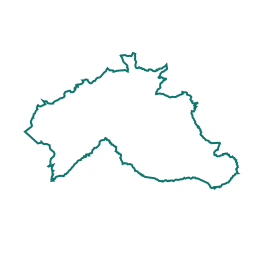 outline of San Agustín Metzquititlán, Hidalgo, Mexico, rotated 81°
{"feature_id": "50627088B54107470170219", "entity_name": "San Agustín Metzquititlán", "entity_type": "district", "adm_level": 2, "iso_a3": "MEX", "parent_name": "Mexico", "parent_adm1": "Hidalgo", "projection": "equal_earth", "projection_center": [-98.601, 20.521], "detail": "fine", "context": "isolated", "style": "outline", "palette": "teal", "viewbox_px": 256, "rotation_deg": 81, "n_neighbors": 0, "source": "geoboundaries", "source_scale": "gbopen_adm2", "svg_char_len": 5779}
<svg xmlns="http://www.w3.org/2000/svg" viewBox="0 0 256 256"><g transform="rotate(81 128 128)"><path d="M167.8,212.5L168.3,212.2L168.1,210.4L168.4,209.8L166.4,209.6L166.7,208.4L166.3,207.7L165.5,207.4L165.0,206.4L164.5,202.6L164.9,202.0L164.9,200.6L165.5,199.3L165.4,198.9L163.8,197.6L163.7,197.2L163.9,196.3L162.9,195.4L162.8,194.7L161.3,193.4L159.3,190.3L158.3,189.7L157.1,187.8L155.7,186.8L154.0,183.8L152.6,182.7L152.2,181.4L152.2,179.5L151.1,179.0L150.7,178.3L150.4,176.7L149.1,175.9L149.8,175.1L150.0,174.3L149.5,173.8L148.5,174.0L147.6,173.3L147.7,172.1L149.1,171.3L149.1,170.6L148.1,170.9L147.6,170.6L147.3,170.1L147.1,167.7L144.2,166.4L143.2,164.9L142.3,164.3L142.6,162.4L140.9,159.9L139.3,158.6L137.5,158.3L136.8,157.8L136.1,156.6L136.0,153.2L134.4,151.9L135.1,150.8L136.3,150.9L137.4,148.4L138.7,148.6L139.0,148.4L138.9,147.9L139.5,147.6L140.3,147.9L140.7,147.5L140.8,146.8L141.8,146.8L142.3,145.4L143.3,144.9L143.8,143.8L144.8,143.4L145.0,142.6L148.4,143.3L149.1,143.8L149.5,143.0L150.4,142.6L150.6,141.8L151.2,141.7L151.7,140.8L152.2,140.8L152.4,140.0L153.1,139.2L154.4,139.2L156.2,140.3L156.7,140.3L157.0,139.8L158.4,139.8L161.2,138.8L162.7,138.9L162.1,136.9L162.5,136.3L162.8,134.7L163.8,134.2L163.9,131.6L164.8,130.5L164.9,130.0L167.5,129.4L168.3,128.4L170.2,127.7L171.3,127.8L172.4,125.4L174.1,124.5L175.1,122.9L175.6,123.0L175.8,122.3L176.8,122.0L176.6,120.9L177.7,120.7L178.1,119.8L179.1,118.5L181.8,109.5L183.1,108.2L183.3,107.2L184.1,106.8L184.4,106.1L185.2,105.6L185.6,103.6L186.1,102.8L185.7,102.4L186.3,101.6L185.6,100.1L185.5,99.0L185.8,98.1L186.6,97.7L186.8,96.6L186.4,96.0L186.8,95.3L186.5,93.9L186.9,92.1L187.3,91.9L187.6,91.2L186.6,89.5L186.6,88.3L187.1,86.5L187.1,85.3L186.8,84.1L187.1,83.4L186.8,81.3L186.0,80.2L186.7,79.6L186.9,79.0L186.5,77.1L186.5,75.6L187.9,74.0L187.9,73.5L186.9,71.6L187.4,71.0L187.4,69.6L187.6,69.2L188.4,68.9L188.7,67.1L195.0,57.7L197.6,56.2L199.6,55.8L200.4,54.8L200.4,52.2L201.3,51.9L200.8,51.0L199.9,51.6L200.2,48.1L200.8,47.1L200.1,46.8L200.5,45.5L198.7,44.1L198.3,41.0L197.5,38.5L197.5,37.2L196.3,36.3L196.1,35.8L194.8,34.5L193.8,34.2L193.5,32.9L191.8,31.8L191.4,30.1L190.7,29.8L189.8,28.4L189.9,26.6L189.3,27.2L188.2,27.0L185.8,27.6L185.5,27.6L185.2,26.8L184.6,26.7L183.8,25.6L183.1,25.9L182.5,25.6L181.2,26.3L179.4,25.7L178.8,26.5L178.0,26.6L176.7,26.1L176.5,26.8L175.6,27.5L175.2,27.2L174.4,27.6L173.9,28.5L172.6,29.3L172.9,29.6L172.8,31.4L171.1,32.6L170.2,32.4L169.8,33.9L168.7,34.1L168.8,34.9L168.4,35.8L168.8,36.7L168.6,38.2L169.4,38.2L169.6,38.7L169.7,41.0L170.2,42.2L169.9,44.3L169.3,45.0L168.4,45.2L168.1,46.1L168.3,46.7L168.1,46.9L165.6,46.7L164.6,45.7L163.5,43.9L163.7,43.1L163.4,42.5L161.8,42.1L158.4,40.2L157.7,39.5L157.3,39.6L156.9,40.2L156.0,48.0L155.1,48.9L155.0,49.7L153.7,50.1L153.2,50.6L152.0,53.2L150.5,53.8L149.2,55.3L148.2,55.4L147.7,56.1L146.8,56.4L146.4,57.1L145.6,57.4L143.6,56.2L142.3,57.0L141.4,56.6L140.9,57.0L139.5,57.4L138.6,58.8L138.0,59.0L137.6,58.1L135.8,59.8L133.3,61.0L132.4,60.6L130.1,61.6L129.3,61.6L127.4,62.6L124.9,62.4L123.8,63.1L121.3,62.3L122.0,60.4L119.8,58.7L119.2,59.4L117.9,59.0L118.1,57.8L117.5,57.1L116.0,58.9L113.8,54.8L114.1,58.7L113.8,59.9L113.3,60.5L112.4,60.8L111.7,60.3L111.2,61.2L109.4,61.9L107.5,60.6L106.9,60.7L105.7,61.6L104.3,64.4L102.5,64.3L101.9,64.9L101.5,67.6L100.8,68.4L100.8,68.7L102.0,68.9L102.8,68.6L103.1,69.3L103.4,71.8L104.0,73.0L103.8,73.7L104.9,75.9L104.2,79.1L104.1,80.1L104.4,81.3L104.0,82.5L102.8,83.6L102.6,84.5L102.0,84.8L101.5,86.2L99.8,87.9L99.6,89.7L98.9,91.0L98.9,95.0L97.2,94.5L95.9,93.2L94.6,92.7L94.1,91.1L93.2,89.7L91.2,89.7L89.2,89.0L88.6,88.2L88.3,87.0L87.2,86.3L85.8,83.0L85.3,82.8L84.6,85.6L84.0,85.7L83.1,86.9L83.6,89.0L83.4,89.5L82.9,89.9L81.1,88.1L79.6,87.6L78.1,85.8L77.9,85.3L77.8,83.8L76.4,81.8L76.3,80.8L75.8,80.2L71.4,80.1L73.0,81.9L73.2,83.0L74.6,85.5L74.3,87.9L74.6,88.0L75.3,89.4L75.0,89.8L75.6,90.0L75.3,90.9L75.9,91.2L76.2,92.6L75.6,94.3L74.3,95.4L74.3,95.9L73.8,96.3L73.6,96.9L73.5,98.4L74.6,99.2L74.3,100.7L73.5,101.6L73.4,102.4L72.7,102.7L71.9,103.8L72.0,104.7L70.8,105.4L70.9,106.2L69.7,107.5L70.5,108.8L70.2,110.2L69.6,110.7L68.1,111.0L66.8,110.8L64.0,109.6L61.2,110.5L59.2,109.8L56.9,109.7L56.0,109.2L54.7,111.4L57.5,113.3L56.9,115.5L56.9,117.2L55.4,119.8L55.6,120.8L55.2,123.2L55.4,123.9L58.2,122.7L61.0,122.4L62.5,121.8L66.1,118.9L66.8,118.9L68.1,119.6L69.1,118.8L69.7,118.8L72.2,119.4L70.1,122.0L70.4,123.1L70.0,126.0L69.8,130.0L70.2,133.6L69.2,133.6L68.7,134.0L68.2,137.0L65.8,138.9L67.1,140.1L68.5,140.9L69.4,142.8L73.1,147.1L73.6,148.1L73.7,150.4L74.1,151.3L76.4,153.4L76.2,154.7L78.0,157.0L78.0,158.0L77.3,159.0L75.1,160.3L74.3,160.3L73.5,161.7L73.8,163.8L74.3,164.5L74.0,165.6L75.6,164.9L77.0,166.4L77.4,168.8L77.2,170.9L79.0,171.0L78.2,171.8L77.6,171.9L77.6,172.5L79.3,172.4L79.5,173.3L80.0,173.6L80.0,174.2L80.4,174.6L80.7,174.6L80.9,173.6L81.2,173.6L83.6,175.8L84.0,177.0L83.7,178.9L82.2,179.3L82.1,180.9L82.6,184.2L83.6,185.2L84.9,185.8L86.3,185.5L87.5,186.4L88.0,188.1L88.1,190.2L89.3,192.7L90.3,196.3L91.3,197.8L92.1,198.1L91.8,201.0L90.9,203.4L89.3,203.9L88.7,204.8L88.7,206.5L88.0,207.5L91.5,205.8L93.0,210.8L93.0,211.4L92.4,212.7L91.4,213.3L91.8,213.8L94.0,214.9L94.4,214.9L95.3,214.4L96.8,216.4L98.9,217.6L99.7,219.1L100.8,219.2L102.6,220.3L103.0,220.1L103.0,220.7L106.3,222.9L107.8,223.1L108.2,222.7L108.7,223.0L110.4,222.4L111.5,223.0L115.5,230.4L129.1,219.4L129.0,216.2L128.0,215.8L130.3,214.2L130.8,213.5L131.0,210.9L132.8,208.1L135.8,208.3L137.0,207.9L140.3,204.9L142.0,204.6L144.1,205.4L146.3,208.9L148.9,210.0L150.7,210.0L152.5,210.7L153.4,212.7L153.7,212.4L152.6,207.5L155.6,209.7L158.3,209.6L158.6,208.5L159.5,209.4L161.7,209.8L162.0,209.2L163.5,210.0L163.8,210.7L167.2,211.7L167.7,211.6L167.8,211.2L168.1,212.2L167.8,212.5Z" fill="none" stroke="#0f766e" stroke-width="2"/></g></svg>